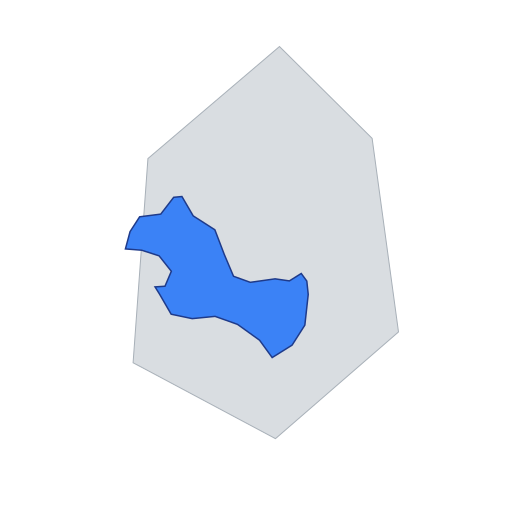 San Marino, with Borgo Maggiore highlighted, rotated 328°
{"feature_id": "SMR-4883", "entity_name": "Borgo Maggiore", "entity_type": "state/province", "adm_level": 1, "iso_a3": "SMR", "parent_name": "San Marino", "parent_adm1": "", "projection": "natural_earth1", "projection_center": [12.438, 43.942], "detail": "fine", "context": "in_parent", "style": "filled", "palette": "blue", "viewbox_px": 512, "rotation_deg": 328, "n_neighbors": 0, "source": "natural_earth", "source_scale": "10m", "svg_char_len": 687}
<svg xmlns="http://www.w3.org/2000/svg" viewBox="0 0 512 512"><g transform="rotate(328 256 256)"><path d="M336.6,395.9L175.7,421.2L95.2,281.4L216.0,116.1L386.9,90.8L416.8,217.8L336.6,395.9Z" fill="#d9dde1" stroke="#a8b0b8" stroke-width="1"/><path d="M149.0,180.8L162.1,168.6L178.1,161.1L197.4,170.0L217.3,162.6L224.7,166.3L224.0,188.7L235.0,212.0L229.9,238.0L226.2,261.3L237.2,275.3L260.1,285.5L271.1,294.8L285.1,294.8L285.8,304.2L279.9,316.3L260.8,340.5L239.4,350.7L215.9,350.7L214.4,329.3L204.1,304.2L189.3,285.5L168.7,275.3L153.2,260.4L154.0,237.1L154.0,228.7L162.8,233.4L176.1,224.1L173.9,204.5L162.1,190.5L149.0,180.8Z" fill="#3b82f6" stroke="#1e3a8a" stroke-width="1.5"/></g></svg>